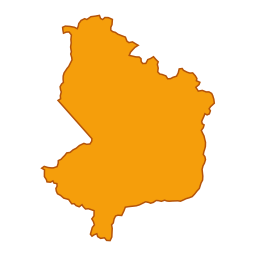 the district of Campos Verdes, Goiás, Brazil
{"feature_id": "56859067B87172144866802", "entity_name": "Campos Verdes", "entity_type": "district", "adm_level": 2, "iso_a3": "BRA", "parent_name": "Brazil", "parent_adm1": "Goiás", "projection": "orthographic", "projection_center": [-49.665, -14.2], "detail": "fine", "context": "isolated", "style": "filled", "palette": "amber", "viewbox_px": 256, "rotation_deg": 0, "n_neighbors": 0, "source": "geoboundaries", "source_scale": "gbopen_adm2", "svg_char_len": 2701}
<svg xmlns="http://www.w3.org/2000/svg" viewBox="0 0 256 256"><path d="M179.2,68.9L178.2,73.0L176.5,76.2L173.0,77.3L170.6,78.6L167.7,78.8L165.9,75.9L162.2,74.5L159.7,74.0L157.7,71.8L158.2,68.1L157.3,64.4L158.2,61.8L155.9,59.5L153.5,56.7L150.6,58.5L147.8,59.6L145.8,63.4L142.7,63.5L141.2,61.6L141.0,58.6L139.1,57.0L135.9,56.9L132.4,56.1L129.2,55.4L130.5,52.2L132.7,49.7L134.9,47.4L138.2,45.3L135.4,43.7L132.5,41.9L128.9,42.6L126.9,41.1L125.4,37.1L121.7,35.7L117.9,34.2L115.4,32.4L112.6,31.6L110.8,30.1L110.8,27.3L112.0,24.6L112.4,19.4L108.3,17.6L104.9,17.5L102.7,19.5L100.6,18.5L99.4,15.4L95.5,16.1L90.9,16.7L86.9,19.5L84.6,18.7L81.1,20.4L78.8,23.5L78.2,26.4L77.2,28.7L74.5,27.3L69.8,26.4L65.3,26.1L62.6,27.3L62.9,30.1L63.5,33.2L66.3,32.1L69.1,32.0L71.4,35.0L70.9,39.5L71.2,42.9L70.6,47.0L70.9,49.2L71.4,51.8L70.7,54.0L71.7,57.4L72.0,59.9L70.9,62.1L68.7,66.5L67.1,68.4L64.1,72.9L63.2,76.0L63.1,79.1L63.4,82.4L61.6,84.0L60.1,86.7L60.5,89.6L61.3,91.9L60.3,95.8L60.6,98.8L58.0,100.4L91.9,138.7L91.7,141.3L89.9,144.0L86.6,144.3L83.9,143.4L81.9,144.3L79.4,145.5L76.3,148.2L73.0,149.9L70.1,152.4L66.7,152.9L64.9,155.3L62.9,157.3L61.1,159.3L58.3,160.6L58.2,163.3L57.1,166.6L53.3,167.9L51.1,167.9L47.9,167.5L44.2,166.4L41.7,168.2L44.5,169.8L44.4,173.3L44.4,176.6L46.4,179.7L47.0,181.9L50.5,182.2L52.9,180.9L54.0,183.1L56.9,183.6L57.1,186.2L55.9,188.4L56.3,191.1L57.5,193.8L60.6,195.4L63.7,198.1L68.7,199.5L71.7,203.8L74.2,203.7L76.1,205.6L79.2,206.8L82.0,204.7L83.2,206.6L85.5,209.0L88.3,208.7L90.8,209.5L94.1,210.7L94.0,215.9L91.8,218.9L93.4,221.6L94.4,224.9L92.3,227.4L91.4,230.7L90.4,234.2L92.0,236.2L94.1,234.8L96.8,233.7L97.7,236.6L100.6,238.4L104.5,237.8L106.6,240.4L110.1,240.6L111.8,237.0L112.0,232.7L112.2,228.4L111.6,224.8L113.3,222.9L114.1,218.9L115.6,216.0L117.8,215.2L121.7,215.5L123.9,210.9L125.3,207.2L128.1,206.7L136.3,205.8L139.5,204.8L145.6,201.8L148.6,202.4L150.6,203.2L153.3,202.4L156.1,200.5L158.3,200.6L161.4,201.3L164.6,200.2L166.9,201.0L169.3,201.2L172.4,201.0L177.7,200.8L180.5,201.2L183.3,200.0L186.0,198.7L189.1,197.8L192.2,196.6L194.5,194.2L197.0,191.0L199.3,188.5L201.0,183.1L202.6,180.0L202.8,176.1L202.1,169.4L203.0,165.8L204.4,163.2L205.5,159.6L204.9,156.7L203.3,154.5L203.8,151.8L204.7,149.1L205.4,146.4L205.5,142.3L204.8,139.5L204.0,136.0L202.5,133.0L201.3,130.4L203.3,127.7L204.1,124.9L202.2,123.7L201.7,121.2L203.8,116.6L204.9,113.7L207.1,114.9L209.3,113.9L210.4,110.8L209.1,108.8L210.5,106.7L214.3,103.2L213.8,99.2L212.7,95.6L211.6,93.4L209.0,91.9L206.1,91.9L202.3,90.4L198.3,91.1L195.8,87.3L199.0,84.6L199.9,82.3L196.4,80.7L196.9,78.5L195.3,75.8L192.7,72.9L189.9,73.1L187.1,72.2L183.4,70.3L182.2,68.5L179.2,68.9Z" fill="#f59e0b" stroke="#b45309" stroke-width="1.5"/></svg>